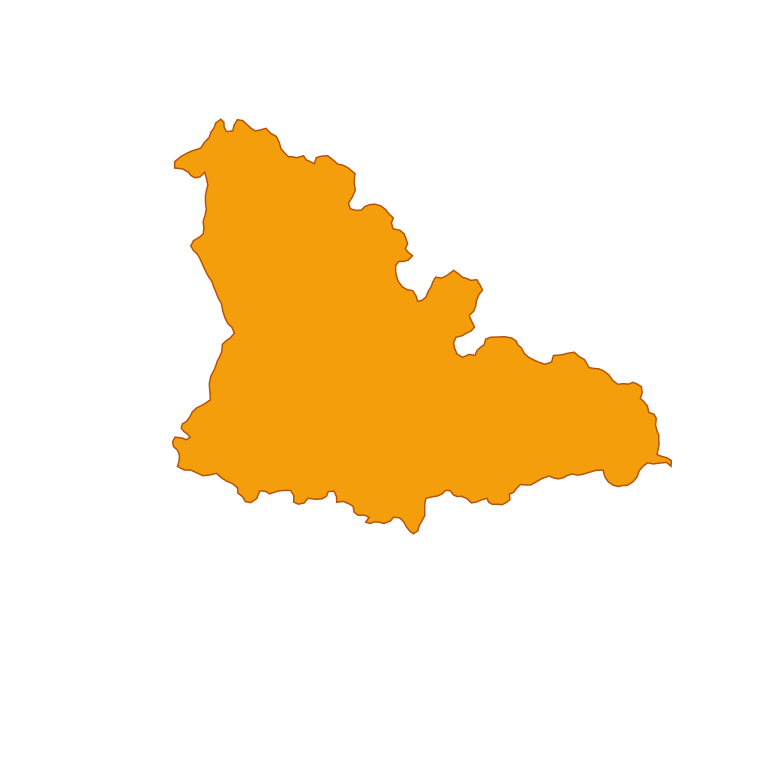 Coroaci, Minas Gerais, Brazil, rotated 29°
{"feature_id": "56859067B21636195282600", "entity_name": "Coroaci", "entity_type": "district", "adm_level": 2, "iso_a3": "BRA", "parent_name": "Brazil", "parent_adm1": "Minas Gerais", "projection": "mercator", "projection_center": [-42.262, -18.628], "detail": "fine", "context": "isolated", "style": "filled", "palette": "amber", "viewbox_px": 768, "rotation_deg": 29, "n_neighbors": 0, "source": "geoboundaries", "source_scale": "gbopen_adm2", "svg_char_len": 4366}
<svg xmlns="http://www.w3.org/2000/svg" viewBox="0 0 768 768"><g transform="rotate(29 384 384)"><path d="M414.7,247.8L409.6,251.3L405.3,251.6L401.2,252.6L395.9,251.6L389.8,250.8L386.5,258.4L383.1,263.4L377.4,265.5L377.2,271.0L378.0,275.8L377.8,281.4L378.5,287.8L376.5,292.6L373.3,295.4L369.5,291.5L363.8,288.4L358.7,290.3L352.9,290.1L346.9,287.5L343.8,284.8L339.8,280.2L336.9,275.1L337.4,269.9L342.0,267.0L345.1,264.0L346.8,258.0L341.1,257.0L337.1,255.3L336.7,249.9L333.1,246.6L328.9,243.0L323.3,241.8L316.7,243.9L312.3,239.4L311.7,234.3L305.9,232.8L300.4,230.5L294.6,229.8L288.7,231.2L284.4,234.2L281.2,238.0L279.8,243.0L275.7,245.5L269.7,247.2L265.3,243.0L265.6,235.9L265.0,228.4L260.2,222.3L256.6,214.1L248.4,212.4L242.3,212.5L236.8,214.1L229.7,212.5L224.0,211.7L219.3,214.7L215.0,218.8L216.2,225.1L211.7,225.3L207.1,225.6L203.0,223.4L197.9,228.4L193.7,229.7L190.1,231.5L183.9,229.7L179.9,228.2L175.7,223.9L169.9,219.7L163.4,219.7L156.8,217.6L152.6,221.8L148.8,225.1L143.9,224.8L139.0,223.7L133.0,222.1L127.6,223.9L127.4,230.5L129.0,235.9L123.9,239.6L119.6,236.8L117.1,232.8L113.0,231.5L110.3,237.2L111.2,242.9L110.5,247.6L111.6,253.0L109.7,260.1L109.4,266.2L106.7,269.5L103.0,273.2L99.6,277.9L96.1,283.5L93.1,291.1L96.3,296.6L103.2,293.6L110.3,293.6L114.1,295.3L118.8,295.2L122.8,291.9L124.5,285.8L128.6,289.8L133.4,295.3L134.8,300.4L136.5,305.8L139.9,311.9L143.9,317.3L145.9,323.8L147.0,329.5L150.7,334.7L153.0,340.1L151.6,344.7L147.9,351.0L148.1,357.0L153.0,359.8L157.7,360.9L161.8,363.3L166.3,366.6L169.6,369.1L174.1,372.4L178.7,375.3L183.8,377.8L187.9,381.6L192.2,384.9L197.2,389.1L202.8,392.5L207.5,398.2L212.6,403.1L218.2,406.9L223.4,408.1L228.4,412.0L227.3,418.0L225.3,421.9L223.4,427.6L226.4,434.3L227.0,440.0L227.1,444.9L228.1,449.7L228.6,454.4L228.8,461.3L231.0,468.4L234.6,474.0L237.2,477.8L239.7,482.1L237.0,487.7L234.4,491.9L231.8,495.6L229.9,501.0L230.1,506.9L229.4,512.5L227.0,516.6L228.1,521.0L232.1,522.6L236.2,523.1L240.2,524.5L238.2,528.5L233.1,529.3L227.0,531.8L227.1,537.0L230.1,540.7L235.7,542.1L239.9,545.8L242.2,551.1L243.3,556.3L251.0,556.0L256.8,553.0L263.6,552.4L270.2,552.0L275.8,547.9L280.8,543.4L287.6,544.9L293.3,545.2L299.7,544.6L306.2,545.8L309.1,550.3L314.9,551.1L319.7,554.1L324.9,552.4L328.2,546.1L327.2,537.6L332.2,535.3L337.1,535.6L340.2,532.2L343.8,528.5L348.5,525.3L354.0,522.4L359.1,525.3L362.3,531.1L367.4,530.6L371.8,526.8L372.9,520.8L380.7,517.7L385.3,514.6L388.1,510.0L387.4,505.0L392.5,502.0L397.2,505.7L400.0,510.4L405.1,506.5L411.1,505.8L416.3,505.9L419.9,510.6L425.0,511.3L430.5,508.1L435.6,507.9L434.9,513.7L439.5,512.7L442.3,509.2L446.6,507.3L451.7,505.9L456.1,500.6L457.0,495.7L462.8,493.5L467.9,494.9L472.7,498.0L477.8,500.1L482.3,500.8L484.8,495.9L483.4,490.7L483.5,485.1L483.5,479.4L480.4,474.0L477.7,468.9L476.1,463.7L480.4,459.7L485.4,455.7L488.1,452.0L489.4,447.2L493.7,445.2L498.4,447.3L502.5,447.0L506.1,444.7L511.7,444.0L518.1,445.6L521.9,442.6L525.2,438.4L529.5,434.0L532.8,436.7L537.2,436.7L541.4,434.3L545.9,432.2L548.5,428.3L550.2,424.0L547.0,419.6L549.9,415.9L550.6,410.9L552.1,405.7L556.3,403.9L561.5,401.0L564.4,396.1L568.0,390.0L573.1,384.4L578.2,383.9L582.4,382.5L586.0,379.3L588.4,375.5L592.1,371.5L597.1,370.0L600.9,367.3L605.6,362.5L611.3,356.7L617.3,353.1L622.4,358.3L627.7,360.9L633.5,361.4L638.8,360.0L641.8,357.2L646.0,354.6L649.1,349.0L650.4,342.6L649.3,336.3L650.3,330.5L652.9,325.1L658.2,323.4L664.0,319.1L669.1,315.6L674.9,316.8L672.4,311.6L666.9,311.4L661.5,312.8L656.9,313.3L655.3,307.6L653.7,303.2L651.3,299.5L649.3,295.7L645.6,292.7L641.5,288.4L638.8,282.1L634.8,279.5L629.5,280.5L624.9,275.5L619.8,273.4L615.1,272.4L614.1,266.6L610.6,261.6L605.0,261.3L600.9,261.9L597.9,265.6L593.3,267.6L588.6,270.9L582.0,269.9L576.4,267.1L569.9,266.1L564.4,266.6L559.7,268.8L555.2,270.3L551.5,267.8L547.2,265.4L541.7,265.5L535.0,264.0L529.5,268.3L524.8,272.7L518.4,276.9L519.9,283.5L515.3,288.7L509.6,289.8L504.4,290.3L497.7,290.5L492.0,289.3L486.6,285.8L482.1,284.9L478.7,282.3L473.4,281.8L466.6,284.2L462.3,286.8L458.5,289.1L454.5,291.5L451.2,295.4L452.5,301.1L450.7,305.0L449.2,309.3L449.6,314.9L443.9,317.0L439.9,322.5L433.4,322.4L428.3,318.4L424.9,314.2L424.3,308.3L429.1,303.7L431.4,299.5L434.5,295.3L435.6,290.3L430.5,286.8L425.3,282.8L427.2,276.4L426.3,271.0L424.3,265.6L423.6,259.6L424.6,254.0L419.9,250.8L414.7,247.8Z" fill="#f59e0b" stroke="#b45309" stroke-width="1.5"/></g></svg>